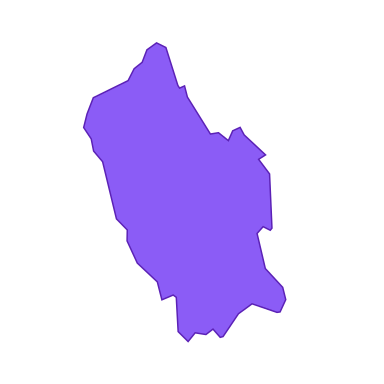 outline of Banbridge, rotated 61°
{"feature_id": "GBR-2087", "entity_name": "Banbridge", "entity_type": "District", "adm_level": 1, "iso_a3": "GBR", "parent_name": "United Kingdom", "parent_adm1": "", "projection": "robinson", "projection_center": [-6.161, 54.343], "detail": "fine", "context": "isolated", "style": "filled", "palette": "violet", "viewbox_px": 384, "rotation_deg": 61, "n_neighbors": 0, "source": "natural_earth", "source_scale": "10m", "svg_char_len": 780}
<svg xmlns="http://www.w3.org/2000/svg" viewBox="0 0 384 384"><g transform="rotate(61 192 192)"><path d="M83.1,255.5L72.9,246.0L61.7,232.6L63.6,193.9L56.1,182.8L54.4,172.7L45.8,162.5L44.4,150.7L53.0,144.8L91.9,152.7L95.1,152.5L95.6,147.1L106.7,150.0L150.2,147.8L153.0,140.1L164.7,135.3L158.2,126.7L158.8,118.6L167.4,118.7L195.2,109.7L195.7,117.9L213.8,115.4L262.4,139.6L263.4,142.1L256.8,146.6L259.8,155.2L294.5,165.0L319.4,158.9L331.6,162.2L339.6,173.1L338.5,176.0L318.9,193.7L321.0,210.4L333.5,234.9L332.8,237.8L322.1,240.1L323.4,248.9L316.7,257.5L320.9,267.9L307.4,271.8L276.5,256.8L273.0,258.4L271.7,270.6L253.8,265.9L227.7,274.3L203.3,272.5L193.8,267.0L178.9,271.1L122.2,255.5L108.5,258.2L96.7,254.4L83.1,255.5Z" fill="#8b5cf6" stroke="#5b21b6" stroke-width="1.5"/></g></svg>